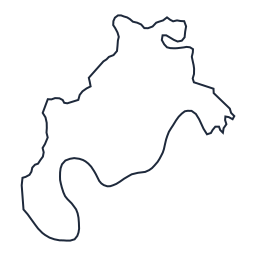 Mondaí, Santa Catarina, Brazil (Natural Earth projection)
{"feature_id": "56859067B51062608837319", "entity_name": "Mondaí", "entity_type": "district", "adm_level": 2, "iso_a3": "BRA", "parent_name": "Brazil", "parent_adm1": "Santa Catarina", "projection": "natural_earth1", "projection_center": [-53.44, -27.106], "detail": "fine", "context": "isolated", "style": "outline", "palette": "slate", "viewbox_px": 256, "rotation_deg": 0, "n_neighbors": 0, "source": "geoboundaries", "source_scale": "gbopen_adm2", "svg_char_len": 2315}
<svg xmlns="http://www.w3.org/2000/svg" viewBox="0 0 256 256"><path d="M229.8,108.6L213.7,93.1L213.5,88.7L193.9,82.3L192.7,78.5L194.0,74.0L194.1,68.8L193.6,65.1L192.8,61.5L191.8,56.8L192.8,52.6L193.0,49.2L190.0,47.3L186.5,46.9L183.8,47.4L180.4,47.8L177.0,48.2L174.1,48.3L170.2,48.1L167.0,47.3L164.2,44.3L161.8,40.0L162.6,35.3L166.2,35.3L169.6,37.3L173.9,39.9L177.6,41.5L181.8,40.7L184.6,37.3L185.2,31.4L186.1,26.4L184.2,21.2L180.4,21.0L177.0,20.4L173.1,21.3L170.2,19.8L167.0,17.4L163.1,20.4L159.0,21.7L156.2,22.7L152.6,26.5L148.0,28.2L144.3,28.1L141.2,24.5L137.2,22.7L132.9,21.7L129.9,19.1L127.1,17.4L124.0,16.5L121.1,15.4L118.0,15.4L114.9,17.7L113.4,21.1L113.2,25.1L115.2,28.1L117.5,32.5L118.8,36.9L117.9,40.5L117.5,45.9L117.0,51.0L113.5,55.1L108.9,56.9L106.5,59.4L103.4,61.4L88.8,77.8L89.7,81.6L90.6,86.4L86.6,88.4L82.5,91.3L79.7,94.9L78.3,99.9L67.3,103.3L64.2,102.8L62.7,100.0L59.4,98.3L55.1,98.1L51.4,99.4L47.8,99.2L42.7,112.9L45.5,117.4L46.7,122.8L46.8,128.0L46.5,132.6L47.7,137.5L45.0,144.0L42.6,148.0L43.7,152.3L42.9,156.6L40.4,160.0L38.0,163.7L35.0,164.7L32.3,167.6L31.4,171.7L29.5,174.8L25.6,176.9L22.5,177.8L21.7,185.3L23.5,209.5L27.5,214.1L31.1,219.1L35.6,225.3L38.1,228.6L42.3,232.9L45.1,235.0L49.5,237.6L54.4,239.3L59.5,240.3L63.6,240.4L66.5,240.6L70.2,240.6L74.6,239.3L77.3,235.9L78.5,232.5L79.1,228.7L78.9,222.8L78.5,217.7L77.6,213.3L76.1,209.4L74.1,206.6L71.7,203.4L67.5,199.2L65.1,196.2L63.4,192.4L61.8,187.4L60.8,183.4L60.1,180.0L60.0,176.6L60.1,172.3L60.6,168.3L62.0,164.3L65.4,160.5L70.0,158.8L74.2,158.1L79.3,158.8L83.0,160.0L85.5,161.4L88.3,163.6L91.2,166.7L94.2,171.3L95.8,174.1L97.6,177.7L99.2,180.9L101.3,183.4L103.8,185.1L107.3,186.3L110.2,186.2L112.9,185.3L116.3,183.9L120.0,181.6L124.1,178.7L128.0,176.4L131.7,174.3L138.0,172.8L142.1,172.3L145.2,171.9L149.2,170.1L152.0,168.1L154.4,165.6L157.6,161.9L159.5,158.9L161.2,155.7L162.8,152.5L163.9,149.2L165.0,144.2L166.1,139.5L167.3,135.9L168.9,131.8L171.1,128.2L172.9,125.5L176.1,120.3L178.7,116.7L181.8,113.6L184.8,111.3L187.6,110.8L191.6,110.9L195.9,114.0L199.1,119.2L201.2,123.7L203.5,128.7L207.0,134.3L210.9,133.0L212.6,130.0L215.3,126.7L219.0,126.7L220.2,130.0L222.9,132.7L223.6,128.2L226.4,124.2L225.1,120.1L225.4,116.5L228.7,117.1L232.6,119.2L234.3,116.1L231.1,112.9L229.8,108.6Z" fill="none" stroke="#1e293b" stroke-width="2"/></svg>